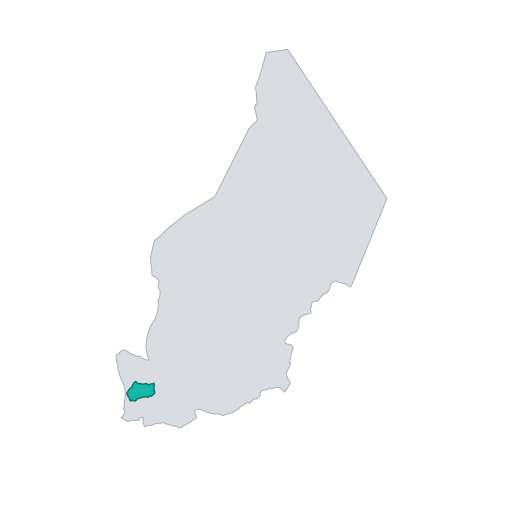 Logone Occidental on a map of Chad (Equal Earth projection), rotated 23°
{"feature_id": "TCD-1484", "entity_name": "Logone Occidental", "entity_type": "Prefecture", "adm_level": 1, "iso_a3": "TCD", "parent_name": "Chad", "parent_adm1": "", "projection": "equal_earth", "projection_center": [15.903, 8.748], "detail": "fine", "context": "in_parent", "style": "filled", "palette": "teal", "viewbox_px": 512, "rotation_deg": 23, "n_neighbors": 0, "source": "natural_earth", "source_scale": "10m", "svg_char_len": 5293}
<svg xmlns="http://www.w3.org/2000/svg" viewBox="0 0 512 512"><g transform="rotate(23 256 256)"><path d="M354.0,152.0L354.2,163.2L354.4,174.4L354.6,185.6L354.8,196.9L354.9,208.2L355.1,219.4L355.3,230.7L355.5,242.0L355.5,245.8L355.3,247.3L355.2,247.5L354.8,247.7L350.3,246.7L348.4,246.7L345.6,247.5L341.6,247.9L339.0,247.8L337.2,249.7L335.8,252.1L336.5,257.7L336.4,259.6L335.9,261.5L334.7,263.2L333.4,264.5L332.7,265.7L331.8,268.2L331.2,269.4L331.2,271.0L331.0,272.7L330.3,273.6L328.4,274.2L327.2,275.0L326.3,276.2L325.6,277.1L326.0,278.2L326.5,279.8L326.8,282.4L327.0,283.8L327.9,285.0L328.5,285.9L328.7,287.0L328.2,287.8L325.9,289.7L324.9,290.4L323.9,291.3L323.5,291.6L321.8,293.4L321.0,294.9L320.6,296.2L320.6,298.0L321.5,300.6L322.5,302.9L322.8,304.6L323.1,306.4L323.0,308.2L322.5,309.7L321.7,311.1L318.5,313.7L317.0,316.6L315.8,320.1L315.5,322.0L315.8,323.2L316.5,324.3L317.5,324.8L318.8,325.0L321.1,324.4L323.3,324.0L325.5,325.3L326.7,328.2L326.3,330.3L327.2,334.2L328.0,338.9L327.9,340.5L328.3,341.0L329.7,341.4L330.0,342.4L329.6,350.7L330.3,353.0L331.3,354.6L332.3,355.4L333.4,356.5L334.0,357.3L335.3,357.5L336.7,359.0L337.1,361.0L337.0,362.9L336.2,367.1L335.6,369.9L334.8,369.7L333.1,369.0L331.1,368.4L328.6,367.9L326.2,369.1L323.7,370.5L322.9,371.6L322.2,372.3L321.0,372.2L320.0,372.4L319.5,373.4L318.5,374.6L314.9,377.0L314.1,377.9L313.6,378.7L313.6,379.7L314.0,381.6L314.0,384.1L313.2,386.1L312.3,387.4L311.2,387.9L310.3,388.2L309.7,389.0L307.8,393.5L307.0,394.3L305.3,394.1L300.5,400.9L300.0,402.8L298.2,405.7L296.0,408.8L294.0,410.3L293.8,410.9L293.3,411.5L292.1,412.1L287.8,415.9L282.6,415.8L280.4,417.3L278.2,417.9L274.9,418.7L274.0,418.6L269.8,418.9L264.9,418.8L263.1,419.3L261.3,420.8L260.0,422.0L259.8,422.5L260.0,423.0L260.0,423.4L263.4,426.5L264.3,428.1L263.4,429.5L263.0,429.8L262.4,431.0L260.4,434.5L257.4,438.7L255.8,439.9L255.2,440.6L254.4,443.4L253.9,443.8L251.8,444.1L247.7,444.4L242.0,445.3L238.5,445.6L236.4,445.4L233.4,447.3L232.3,447.8L231.7,447.9L228.7,449.8L226.2,452.6L225.3,453.2L221.9,454.4L220.5,456.4L219.9,456.5L217.6,453.9L216.1,451.6L215.4,449.2L215.3,448.4L214.8,448.6L213.6,449.6L212.6,450.8L212.1,453.1L208.5,454.7L205.4,456.0L204.0,457.7L201.9,458.5L199.1,458.2L197.0,457.5L194.9,457.2L195.9,455.2L196.3,453.6L196.4,451.7L196.2,450.4L195.0,449.8L194.2,448.8L192.4,442.8L190.5,436.7L187.9,430.6L185.1,426.7L183.0,424.4L182.4,424.1L181.3,423.4L180.6,422.7L176.8,418.6L173.0,414.0L172.0,411.9L170.0,408.8L167.8,405.5L166.7,404.1L166.2,401.4L167.7,399.0L169.3,396.0L171.3,394.0L173.8,393.9L178.1,394.7L182.6,395.0L187.1,394.4L188.3,393.9L189.4,394.0L191.8,394.7L196.1,394.5L198.2,393.3L195.9,391.2L193.4,387.9L191.0,384.3L189.6,381.1L188.3,376.8L187.1,371.6L186.3,364.9L186.4,361.1L186.8,358.4L188.1,353.9L187.3,351.3L187.4,349.3L187.3,346.2L186.9,344.6L185.3,339.4L185.0,338.9L183.5,335.3L182.9,329.3L181.3,325.4L178.7,323.5L177.2,321.2L176.6,317.1L175.6,316.1L171.5,314.6L168.0,314.6L165.6,310.0L162.4,304.1L159.4,298.6L157.5,287.7L156.5,281.4L157.7,279.5L160.2,275.0L163.3,266.5L170.4,253.3L174.0,246.6L181.2,236.5L190.0,224.2L194.9,217.2L195.7,204.6L196.6,191.2L197.2,181.1L198.0,169.2L198.7,159.2L199.1,152.0L199.8,141.7L200.4,139.8L203.8,131.7L204.1,130.7L203.5,129.3L198.6,122.5L197.1,121.0L196.2,117.4L197.5,115.4L191.6,104.0L190.2,102.6L189.6,101.2L189.5,99.2L189.4,91.3L187.9,79.0L185.9,64.6L192.7,60.6L197.9,57.5L204.5,53.5L210.6,57.6L219.4,63.4L228.3,69.3L237.2,75.2L246.1,81.0L255.0,86.9L264.0,92.8L272.9,98.7L281.9,104.6L290.9,110.5L299.8,116.4L308.8,122.3L317.8,128.2L326.9,134.2L335.9,140.1L344.9,146.0L354.0,152.0Z" fill="#d9dde1" stroke="#a8b0b8" stroke-width="1"/><path d="M211.7,413.1L211.9,413.1L212.1,413.4L212.9,414.6L213.1,415.3L213.1,415.7L213.1,415.9L213.2,416.2L213.4,416.6L213.5,416.7L213.6,417.4L213.7,417.6L213.8,417.8L214.2,418.7L214.6,419.3L214.7,419.6L214.8,419.7L215.1,419.7L215.3,419.9L215.3,420.3L215.4,420.5L215.5,420.6L216.0,421.0L216.1,421.3L216.2,421.7L216.2,422.3L214.6,425.6L214.2,426.1L213.5,426.4L213.1,426.6L212.7,426.8L212.3,427.1L212.1,428.0L211.8,428.3L210.3,428.5L207.6,429.6L206.7,430.5L205.2,431.6L204.9,431.8L204.4,432.4L202.8,433.7L202.3,434.3L202.1,435.3L202.1,435.5L201.4,436.7L201.3,436.8L201.1,436.9L200.8,436.9L199.8,436.6L199.6,436.7L199.5,436.8L199.1,436.9L199.0,437.0L198.9,437.1L198.7,437.5L198.5,437.8L198.4,437.8L198.0,437.9L197.9,437.9L197.8,438.0L197.6,438.1L197.4,438.2L196.7,438.3L196.5,438.1L196.4,437.9L196.2,437.8L195.8,437.8L195.7,437.8L195.6,437.7L195.6,437.3L195.6,437.1L195.7,436.9L195.5,436.7L195.3,436.5L195.1,436.3L195.0,436.1L194.9,436.0L194.8,435.9L194.4,435.8L193.9,435.8L193.7,435.7L192.4,434.4L191.7,434.0L190.9,433.4L190.9,433.1L190.8,432.7L190.7,432.3L190.8,432.0L191.6,427.7L191.8,427.2L192.8,425.9L192.9,425.7L192.9,425.1L192.9,424.6L192.9,424.4L192.8,423.9L192.8,423.6L192.8,422.7L192.9,422.2L193.7,419.1L193.9,418.9L194.6,418.5L194.9,418.9L195.1,419.0L195.4,419.3L195.6,419.3L195.8,419.4L196.1,419.4L196.6,419.4L197.1,419.4L200.1,418.4L200.9,418.6L201.3,418.6L201.6,418.5L204.4,416.5L204.8,416.3L205.2,416.2L205.5,416.2L207.5,416.9L207.8,416.9L207.9,416.7L208.2,416.3L208.4,415.7L208.6,415.4L208.7,415.2L208.9,415.1L209.6,414.7L210.0,414.5L210.4,414.3L210.6,414.3L210.8,414.1L211.5,413.2L211.7,413.1Z" fill="#14b8a6" stroke="#0f766e" stroke-width="1.5"/></g></svg>